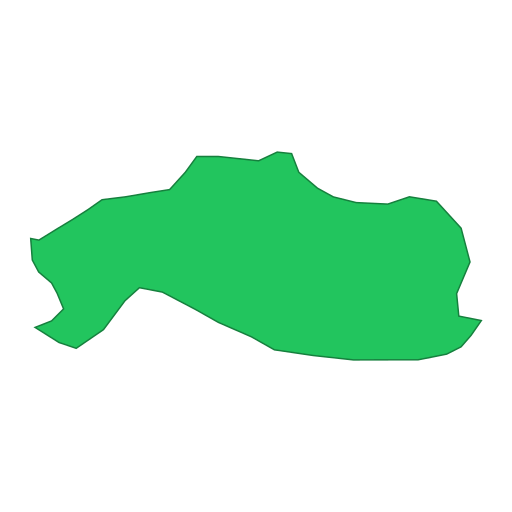 Tavrou, Cyprus
{"feature_id": "46923920B83443733114652", "entity_name": "Tavrou", "entity_type": "district", "adm_level": 2, "iso_a3": "CYP", "parent_name": "Cyprus", "parent_adm1": "", "projection": "orthographic", "projection_center": [34.075, 35.395], "detail": "fine", "context": "isolated", "style": "filled", "palette": "green", "viewbox_px": 512, "rotation_deg": 0, "n_neighbors": 0, "source": "geoboundaries", "source_scale": "gbopen_adm2", "svg_char_len": 753}
<svg xmlns="http://www.w3.org/2000/svg" viewBox="0 0 512 512"><path d="M30.7,238.5L32.3,260.0L38.7,272.0L51.6,283.0L57.1,293.2L63.6,308.9L51.6,320.9L35.1,327.4L59.0,342.5L76.2,348.3L103.5,329.6L125.0,300.7L139.4,287.7L162.4,292.1L195.4,309.4L218.4,322.4L251.4,336.8L274.4,349.8L313.2,355.5L353.4,359.9L395.0,359.8L418.0,359.8L433.8,356.7L446.7,354.1L461.1,346.8L471.1,335.3L481.3,320.6L458.8,316.1L456.6,293.6L470.0,262.0L461.1,228.2L436.4,201.2L409.4,196.8L387.8,204.1L356.2,202.6L333.3,196.9L317.5,188.2L298.8,172.3L291.6,153.6L277.2,152.1L258.6,160.8L218.4,156.5L196.8,156.5L185.3,172.3L169.6,189.6L150.9,192.5L125.0,196.9L102.1,199.7L87.7,209.8L71.9,219.9L57.5,228.6L38.9,240.1L30.7,238.5Z" fill="#22c55e" stroke="#15803d" stroke-width="1.5"/></svg>